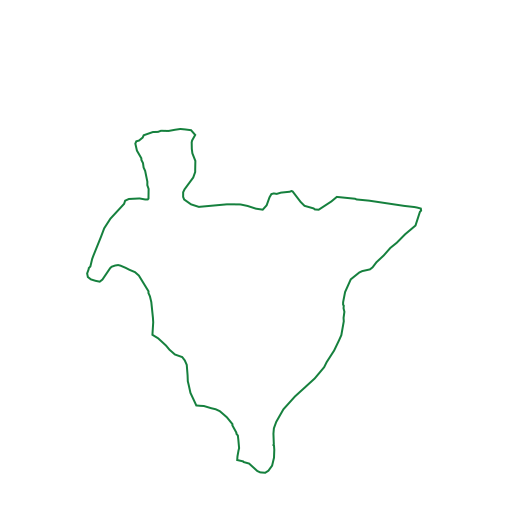 Chichicastenango, Quiché, Guatemala (Albers equal-area conic projection), rotated 137°
{"feature_id": "79465075B12794992131800", "entity_name": "Chichicastenango", "entity_type": "district", "adm_level": 2, "iso_a3": "GTM", "parent_name": "Guatemala", "parent_adm1": "Quiché", "projection": "albers", "projection_center": [-91.088, 14.889], "detail": "fine", "context": "isolated", "style": "outline", "palette": "green", "viewbox_px": 512, "rotation_deg": 137, "n_neighbors": 0, "source": "geoboundaries", "source_scale": "gbopen_adm2", "svg_char_len": 2308}
<svg xmlns="http://www.w3.org/2000/svg" viewBox="0 0 512 512"><g transform="rotate(137 256 256)"><path d="M225.7,159.8L225.5,161.0L223.8,162.8L215.4,168.9L202.6,174.3L191.7,173.5L188.6,172.5L181.8,168.5L178.5,168.2L172.2,169.3L162.2,169.3L152.1,170.3L144.1,169.7L132.1,170.2L118.6,169.5L106.0,176.5L104.3,176.6L103.1,178.3L105.1,181.5L106.7,183.7L113.3,191.4L135.5,219.3L143.9,228.8L144.5,230.3L156.6,244.1L163.7,244.5L178.6,247.1L181.2,249.9L181.4,251.5L186.3,259.6L186.5,265.1L185.2,278.2L185.7,279.3L187.5,280.0L194.5,285.3L198.5,287.3L200.3,289.6L202.5,290.8L206.1,289.7L213.7,285.8L219.5,285.3L223.8,290.7L228.0,298.3L232.2,304.3L237.3,309.2L242.0,313.6L264.3,330.9L268.3,338.1L270.0,346.3L269.0,348.9L265.8,352.3L262.8,353.5L248.4,356.2L243.2,358.9L241.8,360.4L235.5,366.9L232.5,374.5L229.9,378.1L225.5,383.0L223.9,384.1L217.9,386.0L217.7,392.3L221.6,397.0L224.7,400.5L229.2,403.6L234.7,407.1L240.1,412.4L243.0,413.6L246.9,417.0L255.8,420.9L258.1,419.9L262.8,420.2L265.3,421.5L267.6,420.5L271.2,414.3L273.2,405.7L274.3,404.4L275.3,401.0L277.9,397.3L279.0,393.9L284.8,384.4L287.2,381.9L288.8,378.3L295.5,371.3L296.6,371.2L298.4,372.8L301.9,377.5L310.1,384.4L314.0,385.7L316.9,384.1L337.0,382.6L348.1,379.8L356.4,375.7L374.6,367.2L377.8,365.6L384.3,361.3L386.5,361.2L387.5,360.4L391.4,358.4L393.3,355.3L392.7,351.5L390.3,347.3L387.8,343.8L384.4,343.5L370.9,346.6L368.9,346.6L365.5,345.1L363.0,343.4L361.7,341.4L359.4,336.2L358.0,332.3L355.5,326.7L355.0,321.6L358.7,303.5L359.9,302.3L361.1,298.8L364.0,293.7L373.6,281.0L376.4,277.6L385.5,269.0L383.7,262.5L382.9,251.9L383.2,246.5L382.5,239.3L378.9,232.4L379.3,228.2L380.9,223.6L387.5,215.3L391.3,210.9L393.1,207.7L397.3,200.6L400.8,189.8L401.6,187.4L398.7,184.2L396.4,181.8L392.6,175.3L390.0,171.4L388.3,167.2L387.3,157.9L387.9,149.1L388.8,148.2L390.8,140.3L391.6,139.2L391.7,137.1L394.2,133.7L399.4,127.0L401.4,125.7L406.2,122.1L408.9,119.6L405.5,114.6L405.6,113.8L402.6,108.9L401.7,97.9L400.5,94.9L397.1,91.2L393.4,90.5L387.2,91.7L380.4,96.2L374.8,101.8L372.2,105.0L372.2,105.9L371.4,106.1L364.4,114.2L360.4,117.8L354.3,120.9L340.5,125.2L323.3,126.7L314.7,126.6L296.6,126.4L282.0,128.2L276.7,130.2L263.3,133.6L252.8,137.7L247.6,139.9L236.3,148.4L234.2,151.0L229.4,154.9L227.6,158.1L225.7,159.8Z" fill="none" stroke="#15803d" stroke-width="2"/></g></svg>